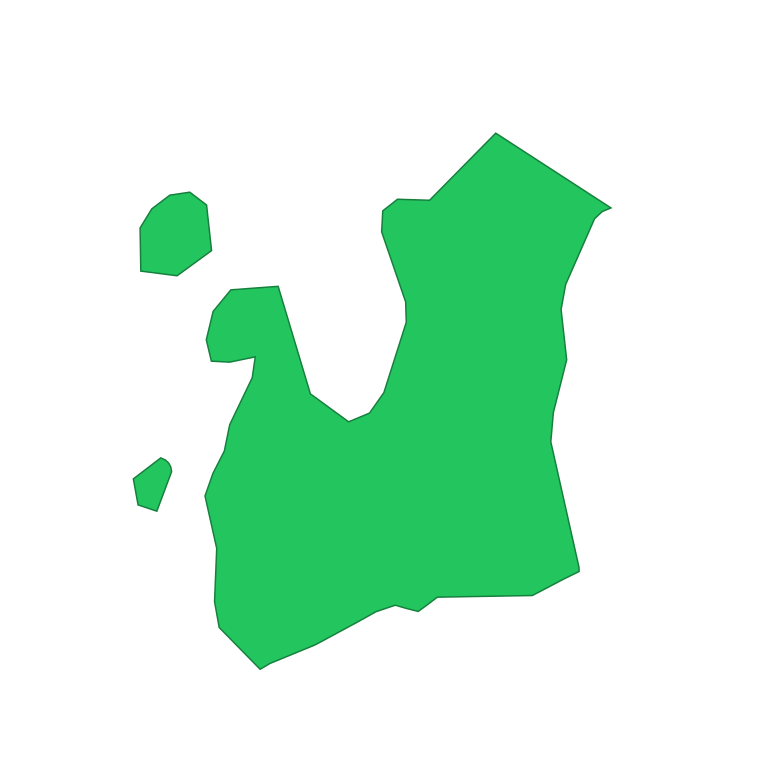 outline of Qazax, rotated 71°
{"feature_id": "AZE-1684", "entity_name": "Qazax", "entity_type": "District", "adm_level": 1, "iso_a3": "AZE", "parent_name": "Azerbaijan", "parent_adm1": "", "projection": "natural_earth1", "projection_center": [45.184, 41.159], "detail": "fine", "context": "isolated", "style": "filled", "palette": "green", "viewbox_px": 768, "rotation_deg": 71, "n_neighbors": 0, "source": "natural_earth", "source_scale": "10m", "svg_char_len": 988}
<svg xmlns="http://www.w3.org/2000/svg" viewBox="0 0 768 768"><g transform="rotate(71 384 384)"><path d="M369.4,456.8L408.2,429.8L406.8,407.2L392.1,386.9L332.8,342.8L313.4,336.8L239.4,336.7L219.9,328.8L213.7,311.1L225.1,281.1L183.2,196.7L291.4,112.1L292.0,121.6L296.3,131.1L349.0,179.8L371.2,192.3L420.6,203.4L466.2,233.2L493.0,245.1L620.8,259.3L624.8,260.6L627.0,278.0L632.3,312.6L602.9,403.0L606.8,414.7L610.2,425.7L603.3,436.2L596.8,445.4L596.7,465.8L600.2,485.2L608.2,533.7L611.1,582.7L613.3,593.5L613.4,594.0L560.6,619.1L534.7,615.1L485.0,595.7L431.6,589.7L412.9,574.9L395.4,556.8L372.2,543.1L335.1,506.5L316.4,496.9L313.1,522.8L306.2,539.8L284.3,537.6L259.7,521.9L245.1,498.1L257.2,452.3L369.4,456.8ZM157.0,493.5L201.7,503.6L214.3,544.4L198.1,577.2L157.0,563.8L142.8,546.5L135.7,525.0L139.4,505.2L157.0,493.5ZM393.1,612.6L397.8,613.4L430.3,640.2L418.3,655.9L392.1,651.9L381.2,619.1L384.7,615.4L388.7,613.3L393.1,612.6Z" fill="#22c55e" stroke="#15803d" stroke-width="1.5"/></g></svg>